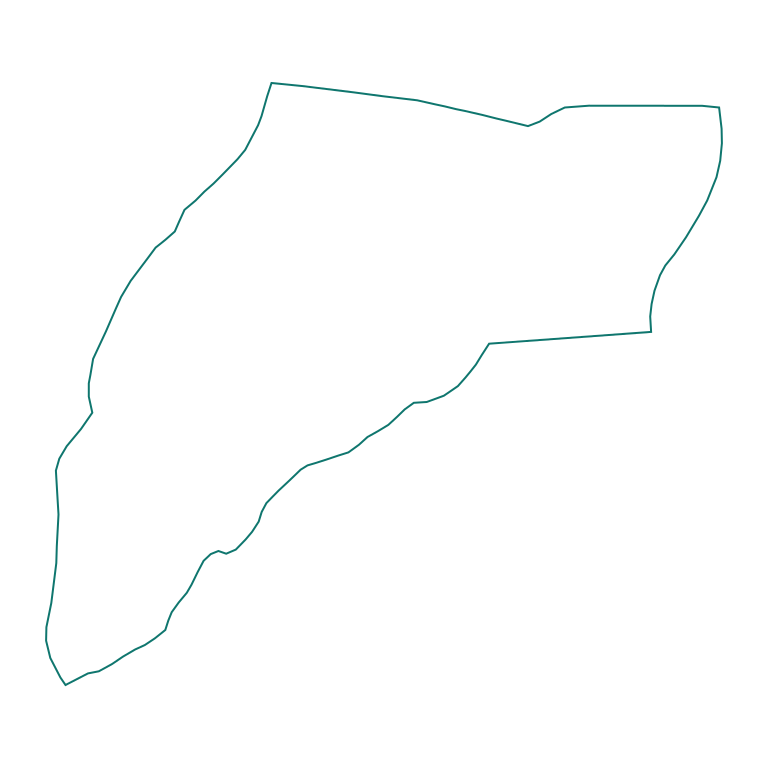 Vera Cruz, Bahia, Brazil
{"feature_id": "56859067B29600247267043", "entity_name": "Vera Cruz", "entity_type": "district", "adm_level": 2, "iso_a3": "BRA", "parent_name": "Brazil", "parent_adm1": "Bahia", "projection": "orthographic", "projection_center": [-38.708, -13.031], "detail": "fine", "context": "isolated", "style": "outline", "palette": "teal", "viewbox_px": 768, "rotation_deg": 0, "n_neighbors": 0, "source": "geoboundaries", "source_scale": "gbopen_adm2", "svg_char_len": 1564}
<svg xmlns="http://www.w3.org/2000/svg" viewBox="0 0 768 768"><path d="M271.5,83.0L267.2,96.2L261.5,116.2L258.1,125.2L251.2,138.4L245.2,149.9L237.4,159.3L222.3,174.8L213.5,183.6L204.4,191.6L195.5,200.6L184.5,209.8L179.0,221.9L174.8,231.5L165.5,239.7L155.6,247.6L148.7,256.9L130.7,280.8L121.1,296.9L116.0,308.3L105.9,331.5L93.1,358.9L90.4,374.9L88.8,383.3L88.8,396.6L92.3,412.7L81.0,429.0L66.7,446.2L59.3,458.7L55.9,470.6L57.6,499.7L58.5,514.5L56.8,546.2L56.3,563.1L51.3,603.0L46.4,627.2L46.1,640.7L50.3,658.0L60.4,677.5L65.5,685.0L88.0,673.4L98.8,671.3L112.1,664.0L123.0,656.6L135.1,649.5L144.9,645.0L154.8,638.4L165.3,630.0L168.3,620.6L171.7,612.2L178.7,602.5L186.8,592.8L191.5,584.7L197.6,572.2L203.6,560.8L210.7,554.1L218.4,551.0L226.2,553.7L235.8,549.6L245.6,539.5L252.1,531.8L258.7,521.6L261.7,511.9L266.4,503.1L272.8,496.5L278.6,490.6L287.6,482.2L294.0,476.1L300.6,469.7L307.5,465.4L315.3,463.1L326.0,459.7L338.5,455.5L348.4,452.4L358.9,444.8L367.5,437.0L377.9,431.2L388.3,424.9L396.9,417.0L404.7,409.4L413.8,402.8L426.7,402.0L443.9,395.7L457.9,386.1L465.6,377.4L470.7,371.2L475.9,364.6L481.6,355.3L489.1,343.7L651.1,331.9L650.2,316.5L651.6,304.0L654.5,290.7L660.0,275.2L665.3,265.5L674.4,254.3L686.0,237.3L699.0,215.7L707.2,200.5L716.5,177.2L720.2,160.8L721.9,143.3L721.6,128.8L719.1,107.5L702.1,105.8L588.9,105.7L564.8,107.5L551.3,114.0L539.7,121.6L528.0,126.1L505.8,120.7L496.4,118.5L482.2,114.9L464.7,110.9L456.3,109.2L444.8,106.4L435.0,104.3L417.2,100.3L382.6,96.2L354.0,92.4L301.8,86.0L271.5,83.0Z" fill="none" stroke="#0f766e" stroke-width="2"/></svg>